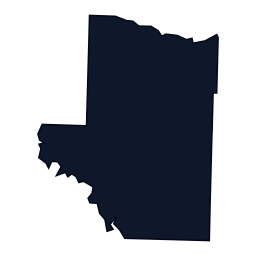 outline of Hempstead, Arkansas, United States of America
{"feature_id": "52423323B95130922587904", "entity_name": "Hempstead", "entity_type": "district", "adm_level": 2, "iso_a3": "USA", "parent_name": "United States of America", "parent_adm1": "Arkansas", "projection": "albers", "projection_center": [-93.734, 33.742], "detail": "fine", "context": "isolated", "style": "filled", "palette": "ink", "viewbox_px": 256, "rotation_deg": 0, "n_neighbors": 0, "source": "geoboundaries", "source_scale": "gbopen_adm2", "svg_char_len": 827}
<svg xmlns="http://www.w3.org/2000/svg" viewBox="0 0 256 256"><path d="M218.1,37.3L216.7,34.6L205.0,40.9L193.0,43.2L192.0,38.3L186.5,39.6L177.4,35.5L166.0,34.1L161.7,36.2L158.2,30.7L150.9,26.3L138.9,26.1L132.8,21.2L126.5,20.6L115.4,16.3L89.5,15.4L88.9,39.9L86.5,125.8L42.2,124.4L37.9,134.0L39.6,140.0L44.3,143.0L38.9,144.2L41.0,148.5L38.8,157.7L46.1,163.1L48.6,168.1L51.8,161.4L57.7,161.7L61.2,166.7L56.4,175.6L65.4,172.3L67.8,176.8L71.8,173.9L76.0,176.5L78.9,182.5L83.5,181.3L88.4,184.1L93.1,186.9L92.1,193.2L88.1,198.2L89.9,202.8L97.3,203.3L99.6,213.2L105.0,219.6L107.1,231.3L113.1,229.3L110.0,224.5L116.3,216.5L113.8,223.7L119.8,230.0L124.7,238.3L155.4,239.1L209.3,240.6L210.1,203.7L211.8,138.8L212.0,131.9L212.2,129.6L212.3,123.5L213.1,92.9L216.7,93.0L218.1,37.3Z" fill="#0f172a" stroke="#020617" stroke-width="1.5"/></svg>